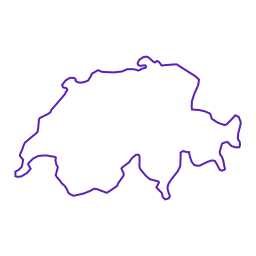 SVG path tracing the border of Switzerland
{"feature_id": "CHE", "entity_name": "Switzerland", "entity_type": "country or territory", "adm_level": 0, "iso_a3": "CHE", "parent_name": "Europe", "parent_adm1": "", "projection": "mercator", "projection_center": [8.313, 46.803], "detail": "fine", "context": "isolated", "style": "outline", "palette": "violet", "viewbox_px": 256, "rotation_deg": 0, "n_neighbors": 0, "source": "natural_earth", "source_scale": "50m", "svg_char_len": 2249}
<svg xmlns="http://www.w3.org/2000/svg" viewBox="0 0 256 256"><path d="M193.9,75.3L195.4,76.3L199.0,79.6L198.2,85.2L194.1,94.2L191.9,101.4L191.7,107.0L192.1,109.6L192.8,109.5L196.7,109.9L198.7,109.9L205.0,111.4L210.0,113.6L211.0,115.9L211.7,118.7L217.6,122.6L224.5,125.1L226.8,124.3L235.4,115.3L238.6,116.8L240.6,121.6L240.6,124.1L238.2,133.6L237.8,138.7L239.8,142.1L240.0,144.8L239.4,147.2L236.0,147.4L231.5,146.1L227.6,142.0L224.7,142.5L222.2,143.5L220.9,147.4L219.7,152.0L220.1,154.6L221.9,156.6L223.3,160.8L224.3,166.2L225.1,168.8L224.2,169.9L221.9,170.6L219.9,169.9L216.4,163.4L214.8,160.9L212.0,160.4L207.1,162.0L199.7,165.7L196.7,165.7L194.1,164.9L191.7,161.8L189.7,155.9L189.1,152.1L187.6,152.2L182.9,151.1L180.6,152.6L180.6,158.7L180.2,166.3L177.8,171.2L171.1,179.7L168.7,183.4L167.7,186.1L167.5,188.4L168.5,192.3L169.9,196.1L168.8,198.3L165.2,199.4L162.8,197.1L161.8,193.0L156.4,187.4L158.9,182.7L158.5,181.5L149.6,179.1L145.7,175.6L140.4,169.3L139.4,166.6L139.6,157.9L139.3,155.8L138.6,154.7L136.0,154.8L132.3,157.8L129.0,162.4L122.1,167.5L121.4,168.6L123.7,173.5L123.6,175.5L118.1,183.4L117.0,186.0L109.9,190.9L106.7,192.8L96.9,189.1L94.2,188.7L89.8,191.1L83.6,193.5L73.6,195.8L69.9,194.1L68.2,192.5L67.3,190.1L64.8,185.9L61.9,183.4L60.0,180.7L57.3,177.7L55.7,175.2L57.9,167.2L56.3,164.4L55.4,160.3L55.9,157.6L54.9,156.9L45.9,155.4L38.4,155.9L33.0,158.6L28.7,163.0L28.1,164.0L28.4,164.8L30.6,168.8L26.9,173.1L21.2,176.5L17.2,176.8L15.4,176.2L15.4,171.6L18.7,169.9L21.7,166.9L22.7,162.6L23.1,159.7L19.9,156.0L20.3,153.8L22.2,149.6L23.4,145.9L24.9,142.7L31.2,137.4L37.5,132.1L38.4,126.5L38.9,119.6L39.8,118.0L48.3,113.8L50.4,112.2L51.4,109.9L58.1,102.1L64.7,94.4L66.0,91.8L67.1,90.3L67.1,89.1L66.3,88.1L63.2,87.5L62.1,85.0L65.5,80.6L69.8,77.9L73.9,77.9L75.6,79.1L75.5,80.6L77.3,82.1L80.4,82.7L84.3,82.1L88.2,80.5L90.6,76.6L92.0,73.6L98.0,70.2L102.2,71.9L113.7,72.4L122.0,71.5L127.3,69.2L133.8,69.2L138.2,70.5L138.9,70.3L140.1,70.0L141.3,68.8L145.4,67.9L146.0,66.9L145.8,65.8L145.1,65.3L140.0,65.8L138.1,65.0L137.6,63.2L139.2,59.9L142.9,57.3L146.1,56.6L148.4,57.3L153.9,62.2L155.3,62.4L156.0,61.5L157.2,61.0L159.1,62.0L161.2,65.0L161.6,65.5L174.0,64.4L176.8,64.4L185.2,69.8L193.9,75.3Z" fill="none" stroke="#5b21b6" stroke-width="2"/></svg>